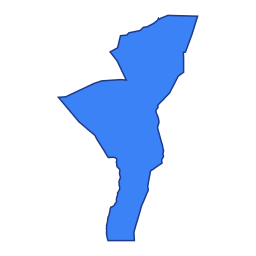 Al Kurmuk, Blue Nile, Sudan
{"feature_id": "16777658B11118605799379", "entity_name": "Al Kurmuk", "entity_type": "district", "adm_level": 2, "iso_a3": "SDN", "parent_name": "Sudan", "parent_adm1": "Blue Nile", "projection": "mercator", "projection_center": [34.082, 10.395], "detail": "fine", "context": "isolated", "style": "filled", "palette": "blue", "viewbox_px": 256, "rotation_deg": 0, "n_neighbors": 0, "source": "geoboundaries", "source_scale": "gbopen_adm2", "svg_char_len": 3059}
<svg xmlns="http://www.w3.org/2000/svg" viewBox="0 0 256 256"><path d="M183.6,72.3L183.6,71.8L183.6,71.6L183.6,65.6L183.6,58.8L183.4,52.3L185.4,52.1L191.8,34.8L197.6,16.2L167.9,15.4L160.9,18.2L159.6,19.2L158.5,18.2L157.7,20.2L154.4,22.8L153.2,23.6L152.4,24.1L151.9,24.3L147.1,26.8L143.3,27.4L141.9,28.8L140.7,30.0L140.0,30.6L139.3,30.7L129.0,32.8L126.7,35.1L120.5,35.7L117.6,47.8L110.1,51.9L117.1,60.8L126.3,80.1L120.9,79.6L101.6,80.9L93.7,83.6L65.7,96.8L61.7,97.1L58.4,97.3L63.1,102.9L79.4,122.3L79.9,122.6L86.7,128.4L86.9,128.7L91.7,132.6L95.0,135.4L95.6,136.7L97.0,139.4L103.7,150.0L106.1,154.0L107.2,155.9L107.5,156.4L108.0,157.0L108.3,157.5L108.9,157.5L109.9,157.5L111.0,157.3L112.1,157.3L113.3,157.4L114.4,157.4L115.4,157.9L116.3,158.5L116.7,159.2L116.9,160.1L116.7,161.0L116.4,161.5L116.3,161.9L116.5,162.9L116.6,163.5L116.8,163.9L116.8,165.4L116.8,166.1L117.4,167.0L118.3,167.9L119.2,168.9L119.6,169.4L119.9,170.0L119.8,170.9L119.7,171.7L119.5,172.5L119.6,173.9L119.8,175.1L120.1,176.1L120.4,176.8L120.4,177.8L120.1,178.5L119.7,179.2L119.3,180.7L119.0,181.6L119.1,182.2L119.0,182.7L119.2,183.4L119.3,184.1L119.1,184.8L119.1,185.3L119.4,186.1L119.6,186.6L119.7,187.6L119.6,189.0L119.0,190.5L118.4,191.6L118.0,192.4L117.6,192.8L117.5,193.3L117.7,194.1L117.5,195.1L117.3,196.0L116.9,196.8L116.6,198.2L116.5,199.0L116.3,199.8L116.3,200.3L116.6,201.2L116.3,202.1L116.1,202.5L115.5,203.0L115.1,203.6L114.9,204.3L114.6,204.7L114.3,205.1L114.0,205.6L113.6,206.1L112.9,206.3L112.4,206.7L111.6,206.9L111.1,207.0L110.9,207.3L110.6,207.7L110.3,208.3L110.3,208.9L110.2,209.6L110.0,210.5L109.7,211.9L109.4,213.1L109.3,214.0L109.1,214.7L108.9,215.5L108.1,217.2L107.9,217.9L107.7,219.2L107.7,220.4L107.3,222.3L107.1,223.5L106.8,224.4L106.6,225.0L106.5,225.6L106.7,226.1L106.6,227.6L106.4,228.3L106.6,230.1L106.6,231.3L106.5,233.8L106.6,234.7L106.8,235.7L107.5,238.7L107.9,239.8L108.0,240.2L108.0,240.6L108.3,240.6L109.4,240.6L109.6,240.6L110.1,240.6L110.3,240.6L111.0,240.6L113.3,240.6L114.4,240.6L117.9,240.6L118.2,240.6L121.7,240.6L122.7,240.6L125.1,240.6L128.1,240.6L130.3,240.6L131.6,240.6L133.7,240.6L133.9,240.6L134.4,240.6L134.1,236.0L133.9,232.1L134.7,229.5L135.9,225.0L136.3,223.9L137.5,219.9L140.6,209.3L141.1,207.2L141.6,205.6L142.6,203.4L144.2,199.8L147.1,192.8L148.2,190.4L148.3,189.8L147.8,186.7L147.8,185.8L148.2,183.6L148.9,179.6L150.5,171.1L151.1,170.5L153.3,169.2L155.2,167.7L158.3,165.6L158.7,165.3L159.1,165.0L162.0,163.2L162.0,162.6L161.7,161.0L161.7,159.9L162.1,158.8L162.6,158.2L163.1,157.2L163.5,156.4L162.9,153.7L163.0,152.9L163.3,152.1L163.6,150.7L163.3,149.6L163.0,148.5L162.8,147.4L162.2,144.3L161.8,143.4L160.5,138.7L158.8,132.4L158.6,132.0L157.6,127.9L157.7,126.5L159.0,122.4L158.9,121.8L158.7,119.9L158.2,117.9L157.5,115.8L156.3,113.1L155.8,110.8L156.4,109.6L157.4,108.3L157.9,107.7L158.0,106.2L157.5,105.6L157.8,105.1L158.5,104.5L159.2,103.6L160.5,102.3L163.9,99.0L164.1,98.6L169.0,93.5L169.6,92.9L170.0,92.0L171.2,89.7L174.2,84.0L177.9,76.7L178.3,76.1L181.7,73.6L183.6,72.3Z" fill="#3b82f6" stroke="#1e3a8a" stroke-width="1.5"/></svg>